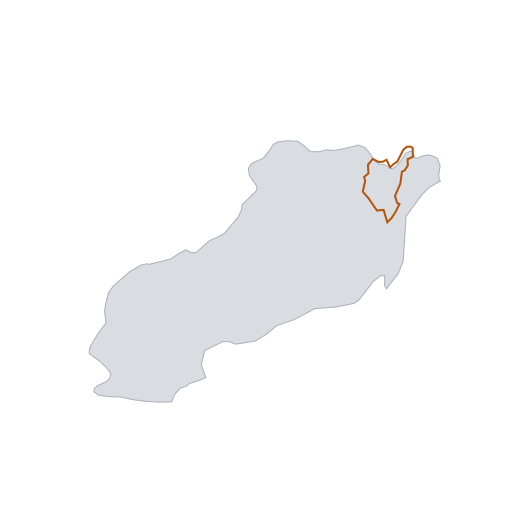 Gjirokastër, Gjirokastër, Albania (highlighted), rotated 243°
{"feature_id": "67620474B28188595050305", "entity_name": "Gjirokastër", "entity_type": "district", "adm_level": 2, "iso_a3": "ALB", "parent_name": "Albania", "parent_adm1": "Gjirokastër", "projection": "equal_earth", "projection_center": [20.246, 40.01], "detail": "fine", "context": "in_parent", "style": "outline", "palette": "amber", "viewbox_px": 512, "rotation_deg": 243, "n_neighbors": 0, "source": "geoboundaries", "source_scale": "gbopen_adm2", "svg_char_len": 1949}
<svg xmlns="http://www.w3.org/2000/svg" viewBox="0 0 512 512"><g transform="rotate(243 256 256)"><path d="M170.5,156.1L170.9,149.3L172.6,138.5L171.6,134.9L172.6,128.7L169.5,120.5L164.3,114.6L169.4,104.1L176.8,91.5L183.6,81.5L192.0,71.1L197.5,61.1L203.5,52.5L208.6,49.9L211.1,51.7L212.4,55.5L212.1,66.6L213.8,70.4L217.3,73.3L224.8,71.9L233.0,69.1L244.2,63.2L246.1,63.6L250.2,66.7L258.7,80.1L264.4,91.9L275.7,96.0L281.9,100.6L290.0,107.7L293.9,114.8L299.4,136.4L300.1,149.5L298.5,155.4L297.1,157.0L292.1,178.3L293.3,189.2L293.3,196.4L289.1,199.2L286.2,203.7L290.8,221.5L290.3,229.1L290.5,237.9L298.8,257.8L303.7,264.0L308.1,266.9L313.7,285.3L317.1,288.5L330.7,286.7L337.3,288.8L340.0,293.1L340.6,296.1L339.7,306.4L343.2,314.4L347.7,322.5L347.7,327.5L344.7,335.7L339.3,345.3L332.1,348.9L324.1,352.0L320.3,359.5L318.4,367.4L314.8,373.2L312.7,379.6L309.3,392.8L308.5,397.5L303.1,402.4L294.7,404.3L287.2,404.7L282.1,407.0L279.6,411.5L274.8,415.1L271.9,416.7L271.9,420.7L275.4,429.1L279.4,435.9L279.5,441.3L277.5,442.8L271.4,442.1L270.1,444.2L269.4,450.2L267.8,455.5L265.2,458.6L260.8,462.1L252.8,461.0L245.3,455.7L241.3,454.1L239.1,454.3L238.5,441.5L235.2,431.6L223.3,407.8L184.5,384.7L175.4,374.3L171.5,365.6L167.5,357.4L171.3,357.1L175.1,359.2L180.0,361.7L181.9,357.6L179.9,348.6L170.0,327.6L169.3,321.8L174.2,304.3L182.4,284.6L182.0,260.8L184.6,242.9L181.8,231.2L180.5,217.0L186.6,198.0L191.7,193.4L194.8,187.4L195.1,167.2L183.7,157.8L170.5,156.1Z" fill="#d9dde1" stroke="#a8b0b8" stroke-width="1"/><path d="M256.7,382.4L241.6,384.4L239.2,390.6L226.4,388.3L228.3,394.1L231.7,400.0L237.2,407.4L239.3,405.8L246.4,407.1L255.0,417.5L264.9,424.3L264.8,427.2L267.7,432.4L273.4,435.0L273.1,440.8L281.2,444.7L283.4,443.3L284.8,440.0L283.7,435.3L276.0,424.9L275.4,420.1L274.1,415.7L282.5,416.0L282.4,411.9L283.9,408.1L289.5,404.1L286.5,397.2L278.5,393.6L277.4,388.3L273.2,387.3L264.8,380.3L256.7,382.4Z" fill="none" stroke="#b45309" stroke-width="2"/></g></svg>